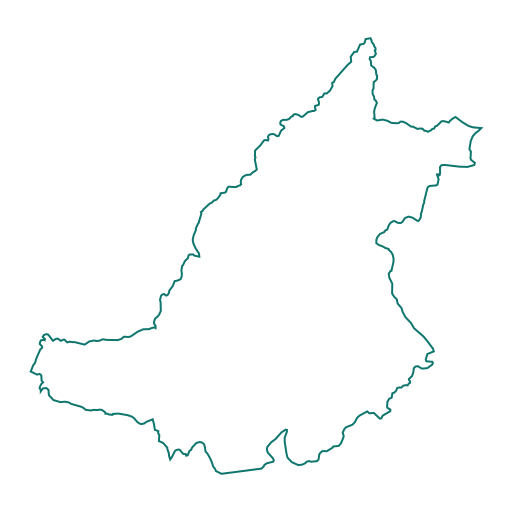 San Felipe Tepatlán, Puebla, Mexico (Mercator projection)
{"feature_id": "50627088B44475495738204", "entity_name": "San Felipe Tepatlán", "entity_type": "district", "adm_level": 2, "iso_a3": "MEX", "parent_name": "Mexico", "parent_adm1": "Puebla", "projection": "mercator", "projection_center": [-97.789, 20.119], "detail": "fine", "context": "isolated", "style": "outline", "palette": "teal", "viewbox_px": 512, "rotation_deg": 0, "n_neighbors": 0, "source": "geoboundaries", "source_scale": "gbopen_adm2", "svg_char_len": 6019}
<svg xmlns="http://www.w3.org/2000/svg" viewBox="0 0 512 512"><path d="M105.5,413.7L106.7,413.5L109.3,414.6L110.7,414.5L111.7,414.9L112.6,414.8L113.0,413.9L118.6,413.6L127.8,415.2L131.8,416.6L134.1,418.2L137.3,422.0L139.9,423.7L141.1,424.1L144.2,423.5L146.3,421.9L152.7,419.3L154.0,424.2L154.9,429.9L158.3,431.1L158.2,433.3L159.3,435.0L158.9,441.1L163.2,443.0L167.3,447.7L167.3,448.9L168.8,453.1L169.0,455.6L170.2,459.5L172.1,456.7L174.9,451.1L176.1,450.1L178.7,449.5L179.7,449.8L182.7,453.3L183.5,454.0L185.9,454.2L186.1,455.6L186.8,455.7L187.8,455.1L189.4,450.9L191.0,450.0L192.2,447.4L196.3,443.0L199.3,442.1L201.3,442.2L203.9,443.9L205.0,447.4L205.5,451.5L207.3,453.4L209.4,457.0L211.6,461.5L213.2,466.6L215.1,468.9L215.9,471.0L221.5,473.8L261.5,468.6L263.9,466.2L264.4,464.9L266.8,463.3L273.2,461.7L273.7,460.9L273.7,459.9L272.7,458.0L268.0,452.9L266.9,450.0L267.2,447.1L271.2,442.3L275.7,438.9L281.3,432.5L285.6,429.7L286.9,429.9L286.9,431.8L284.7,437.6L284.7,441.9L286.5,453.6L287.5,457.6L291.7,462.1L298.3,465.1L302.3,464.6L305.1,463.3L306.7,461.7L309.0,461.1L311.1,461.7L316.9,461.2L318.5,459.6L319.3,454.3L320.2,453.0L322.3,451.1L326.8,451.2L332.2,447.9L333.3,446.5L338.7,445.9L340.9,443.5L343.3,437.7L343.7,436.1L342.7,432.6L344.4,429.0L346.0,427.3L352.4,424.7L354.7,422.4L357.1,417.9L359.4,415.7L367.2,411.4L369.4,413.3L373.8,412.9L379.8,418.6L381.3,418.4L382.7,415.6L390.2,411.3L390.4,409.6L387.4,407.8L387.1,406.4L387.4,401.8L389.2,398.8L391.7,397.6L392.4,393.2L394.3,392.6L396.0,390.9L397.2,388.1L398.7,387.5L401.3,387.6L403.1,385.8L405.6,385.1L407.6,385.4L408.8,383.5L410.0,382.8L410.1,381.4L409.0,380.0L408.9,379.0L412.0,376.1L413.3,372.5L413.8,368.3L415.5,366.5L417.8,366.2L421.7,368.5L423.7,368.5L427.3,368.1L432.0,364.8L432.9,363.3L432.4,361.8L426.4,361.3L425.7,359.6L427.4,354.0L433.8,351.4L433.0,348.7L427.4,341.2L423.4,336.4L414.0,328.2L411.0,323.0L405.4,317.1L402.6,311.8L401.5,308.1L397.6,303.5L396.8,299.3L394.2,296.8L392.1,293.5L392.3,283.7L389.4,277.9L388.7,273.8L390.6,270.9L391.4,270.9L393.4,262.3L393.6,258.6L392.6,254.5L391.0,251.9L388.6,249.6L388.5,248.9L385.0,247.9L383.7,246.9L378.7,244.9L376.3,243.1L376.4,239.7L377.3,237.3L379.9,234.0L384.2,232.1L385.3,230.5L387.3,229.5L388.6,225.7L390.3,223.0L393.0,221.3L394.2,221.0L397.8,222.8L400.2,223.1L401.4,222.7L402.8,221.4L404.9,218.1L408.5,216.6L412.6,217.7L417.8,221.1L418.9,220.5L420.7,217.6L421.1,213.1L421.7,212.0L423.3,204.5L424.1,203.0L424.2,200.9L427.4,188.1L427.9,187.1L429.7,186.0L436.1,185.4L437.5,184.6L438.6,179.3L437.0,174.4L437.9,174.2L438.7,175.6L439.6,175.2L440.1,173.1L440.0,167.2L441.0,165.6L442.0,165.1L445.4,165.0L459.8,166.7L467.6,166.9L474.3,165.0L474.9,162.9L471.1,159.9L470.5,158.6L470.9,151.6L469.4,149.1L470.8,140.9L472.8,136.1L476.1,132.5L477.9,131.4L481.3,128.1L472.8,127.3L468.9,126.1L462.5,122.3L455.5,117.0L452.7,118.6L450.1,120.7L448.8,122.5L443.8,121.1L441.5,121.3L437.0,125.8L435.1,126.5L434.1,128.6L432.8,128.8L431.8,129.3L431.3,130.1L427.9,131.8L426.4,131.0L424.4,130.7L422.5,128.7L420.1,128.5L417.4,128.9L413.4,126.8L410.9,126.5L406.1,123.1L402.9,121.7L400.3,121.7L399.3,122.7L397.9,123.2L393.2,123.1L390.9,122.7L387.5,120.8L382.7,119.6L377.1,120.5L373.7,118.6L374.6,117.5L374.1,111.7L374.8,108.2L376.9,102.9L375.8,100.6L374.4,99.5L374.0,96.5L372.7,94.2L372.5,91.4L372.6,90.1L373.5,88.8L373.7,82.1L375.8,80.5L377.0,79.0L377.1,75.6L376.4,74.9L375.8,70.1L374.3,67.8L371.2,65.5L370.8,60.9L369.7,59.2L369.7,58.4L370.1,57.2L373.4,57.0L374.8,55.7L375.9,53.8L374.8,50.4L375.5,50.0L375.5,48.1L374.2,46.2L373.9,44.8L371.7,41.9L371.6,40.6L370.5,38.2L365.6,39.1L364.6,42.7L363.6,43.9L360.1,44.5L357.0,51.6L354.2,52.0L350.7,56.7L351.2,61.8L347.6,64.9L335.3,78.8L333.8,82.1L332.2,82.8L332.5,86.2L329.9,90.7L326.7,93.5L324.4,93.4L322.3,96.9L319.5,97.4L318.2,98.6L317.9,99.1L318.8,101.5L319.0,103.7L318.6,104.9L315.1,105.9L314.9,106.6L315.6,109.9L313.9,111.0L312.5,111.0L307.8,112.2L302.8,116.6L301.3,116.9L298.0,114.7L294.9,114.1L293.4,114.7L292.9,116.0L291.5,116.5L288.9,119.1L286.3,119.9L282.9,119.9L280.9,121.0L280.2,122.7L280.6,124.6L283.9,126.3L284.4,128.0L281.1,130.7L278.7,135.9L277.0,136.2L274.5,134.4L272.8,134.0L270.4,134.3L268.9,135.1L267.9,136.8L268.5,139.4L268.0,140.5L265.3,140.0L264.0,140.4L260.4,145.3L255.1,150.5L254.9,156.5L255.5,157.2L254.8,159.5L256.8,169.5L255.3,170.9L252.9,172.3L250.3,174.7L246.7,174.9L244.1,176.0L242.5,177.3L241.2,179.6L240.7,181.9L241.1,184.3L240.0,185.4L237.8,186.0L236.1,187.1L228.7,186.7L227.6,187.6L226.9,189.0L226.1,191.7L225.0,192.6L220.5,193.3L220.3,195.0L217.1,199.1L215.6,200.1L213.9,200.5L211.7,202.7L209.6,203.7L203.3,209.5L202.7,210.8L200.9,212.0L201.4,213.5L198.6,223.0L197.7,224.2L195.8,228.7L195.9,230.0L193.6,235.5L192.7,239.9L193.4,243.5L195.5,248.2L199.0,253.5L199.3,256.7L194.6,255.7L193.0,254.4L189.3,254.6L188.5,255.6L188.0,258.0L184.9,261.1L182.9,265.3L182.1,266.0L181.4,270.6L181.9,273.4L181.7,276.3L180.6,279.2L177.4,280.6L174.7,281.1L172.7,286.1L169.2,290.8L169.1,292.5L167.6,295.0L166.1,295.6L164.0,294.0L162.3,294.5L161.1,295.7L160.0,299.8L160.6,302.2L160.8,310.9L159.2,314.5L157.8,316.4L155.2,318.5L154.2,321.1L154.0,323.4L155.6,326.0L155.5,328.1L154.3,327.4L150.8,328.3L149.5,329.1L143.2,329.3L137.7,331.7L130.6,336.5L128.3,337.0L123.9,336.7L121.4,338.9L117.8,340.1L106.8,339.9L102.6,339.3L99.9,340.6L96.9,341.0L93.3,340.5L91.3,341.2L89.6,341.3L84.6,344.6L74.1,342.0L73.1,342.2L69.5,341.7L67.2,342.4L64.5,339.7L63.4,339.6L60.8,340.8L57.7,338.6L55.6,339.0L53.0,340.8L48.3,334.7L46.5,334.1L44.0,335.0L42.7,336.9L45.0,339.1L44.7,340.3L43.0,339.9L41.0,340.3L40.1,342.0L39.7,343.9L42.1,346.5L42.1,347.8L40.3,349.4L36.3,358.5L35.0,363.0L33.3,365.1L30.7,371.5L37.1,374.6L39.6,373.9L41.3,375.3L41.6,380.6L43.1,382.3L41.3,384.0L40.1,386.3L39.6,388.2L40.8,390.0L40.8,391.3L42.8,388.5L46.2,388.0L48.5,389.9L48.9,395.1L53.5,400.1L60.3,402.1L65.0,401.7L69.0,402.5L71.2,403.9L81.1,406.7L83.0,407.6L85.7,409.8L90.9,410.5L93.2,409.9L97.9,410.0L99.8,409.6L101.8,409.9L104.7,411.9L105.5,413.2L105.5,413.7Z" fill="none" stroke="#0f766e" stroke-width="2"/></svg>